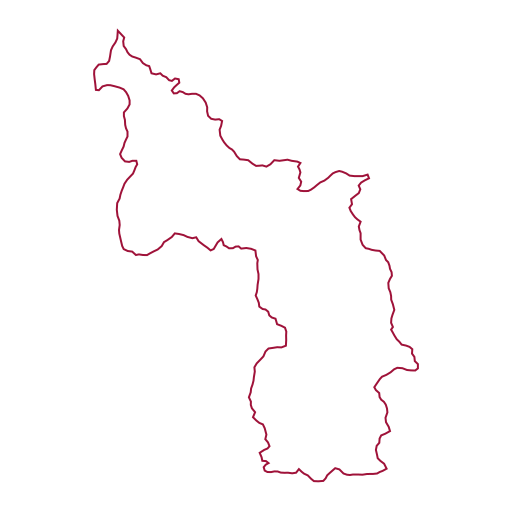 outline of Bom Jesus do Galho, Minas Gerais, Brazil
{"feature_id": "56859067B85920776118835", "entity_name": "Bom Jesus do Galho", "entity_type": "district", "adm_level": 2, "iso_a3": "BRA", "parent_name": "Brazil", "parent_adm1": "Minas Gerais", "projection": "mercator", "projection_center": [-42.364, -19.729], "detail": "fine", "context": "isolated", "style": "outline", "palette": "rose", "viewbox_px": 512, "rotation_deg": 0, "n_neighbors": 0, "source": "geoboundaries", "source_scale": "gbopen_adm2", "svg_char_len": 4843}
<svg xmlns="http://www.w3.org/2000/svg" viewBox="0 0 512 512"><path d="M222.1,121.0L219.2,119.2L215.2,119.6L211.2,118.8L208.1,115.8L207.1,111.4L207.2,107.3L205.7,102.6L202.9,98.3L199.6,95.4L196.0,93.8L192.0,93.8L188.5,94.3L185.5,93.8L182.8,92.1L179.6,91.2L176.9,93.2L173.8,93.4L171.8,90.5L174.2,87.3L176.9,84.8L179.3,82.7L178.7,79.2L175.0,78.5L171.9,80.9L169.1,80.2L166.3,77.2L162.7,75.7L160.3,73.3L156.1,74.4L151.5,73.3L150.2,69.0L149.2,66.1L146.3,65.3L142.9,63.1L140.0,59.2L135.7,57.6L132.2,56.5L129.5,54.7L127.5,52.2L126.0,49.1L123.7,46.0L123.2,41.3L124.2,37.5L121.2,34.3L117.8,30.7L117.5,35.1L117.2,38.6L115.4,42.5L112.7,46.4L111.0,50.2L110.5,53.4L110.0,56.7L109.1,61.0L106.6,63.9L103.0,64.1L98.7,64.6L96.4,67.3L94.3,70.1L94.1,74.1L94.6,78.7L95.3,84.1L95.9,89.9L98.9,90.2L102.5,86.4L107.1,85.1L110.3,85.2L114.5,86.2L119.6,87.6L123.6,89.3L126.1,92.2L128.2,95.9L129.6,100.4L129.6,104.4L127.4,108.5L123.9,112.4L123.9,116.1L124.9,119.8L125.2,124.9L126.0,128.3L127.5,131.6L127.5,136.5L125.8,140.0L124.5,142.9L123.6,146.6L121.8,150.3L120.1,154.1L121.6,157.8L125.0,161.4L129.2,161.9L132.4,160.8L136.3,160.8L137.2,164.3L135.6,167.1L134.4,170.3L133.0,173.6L130.6,176.1L127.2,179.7L124.5,183.7L123.1,187.4L121.7,190.8L120.4,194.7L119.6,198.6L117.2,203.1L116.8,209.7L117.5,215.9L119.3,220.7L119.7,225.0L119.0,230.0L119.3,233.6L120.1,237.1L121.2,241.9L122.2,246.0L123.7,249.1L127.7,251.0L132.2,251.6L135.9,255.0L138.9,254.4L143.0,255.0L147.0,255.1L149.9,253.4L153.7,251.4L157.7,249.5L161.7,246.1L164.0,242.1L167.2,240.2L171.8,237.0L174.8,233.4L179.0,234.0L183.6,235.1L187.4,236.9L192.4,238.2L196.2,237.3L198.6,241.2L201.2,243.2L203.8,245.2L207.4,247.7L210.6,250.4L213.7,249.0L217.6,242.4L221.4,239.0L223.0,242.2L223.7,245.2L226.5,246.5L229.1,248.3L232.9,248.2L235.6,246.6L238.6,246.4L241.2,248.6L246.3,248.0L251.1,248.8L255.4,250.5L256.1,256.3L257.8,260.0L257.3,263.2L257.5,269.4L258.5,274.1L258.5,279.0L257.6,284.8L257.3,288.9L256.8,292.2L255.7,295.5L257.5,299.5L258.8,302.8L259.3,306.6L262.6,309.0L265.5,309.5L268.2,311.7L269.3,315.4L271.8,317.5L275.5,318.7L277.1,324.2L281.3,325.8L285.0,327.7L286.3,331.6L286.1,335.3L286.2,340.1L285.9,345.7L281.4,347.4L277.2,347.2L272.8,347.9L268.5,348.5L265.5,351.5L263.4,356.4L260.2,359.8L256.7,363.4L254.4,367.3L254.8,371.6L253.9,377.1L253.5,380.7L252.5,384.6L251.1,388.5L250.7,392.3L248.9,397.3L250.9,401.6L250.8,404.9L251.9,408.3L255.1,412.2L253.0,417.2L256.3,420.5L259.3,422.9L262.9,424.4L264.7,428.2L265.5,431.2L266.4,434.6L265.3,439.2L268.0,442.4L269.5,446.2L267.5,448.5L264.2,449.9L259.7,452.8L261.6,457.3L262.3,460.8L266.0,461.1L268.5,463.1L265.7,464.7L263.7,467.2L264.7,470.6L267.4,472.0L271.0,472.1L274.4,471.4L277.7,471.5L280.8,472.6L284.5,472.8L287.9,472.7L292.2,473.3L296.1,472.7L298.9,469.1L301.7,471.8L304.1,473.7L307.8,475.4L311.1,478.8L313.9,481.1L318.3,481.3L323.3,480.9L325.6,478.4L327.2,475.3L329.7,473.0L332.2,470.8L335.2,468.2L339.4,469.4L343.5,473.5L346.9,474.7L349.9,475.0L353.1,474.5L357.4,474.5L362.5,474.7L367.0,474.0L373.4,473.9L377.1,473.5L379.7,472.0L382.6,470.9L386.6,468.7L384.1,463.7L380.4,460.9L377.7,458.2L377.0,454.6L375.9,449.9L376.7,445.8L379.3,442.8L379.6,438.5L381.2,435.4L385.3,433.7L390.0,431.1L388.7,426.8L386.0,422.2L385.5,417.8L387.4,412.4L387.0,408.5L385.8,404.7L383.9,401.8L381.2,399.7L379.6,397.1L379.2,393.0L375.9,390.1L374.3,387.2L377.2,382.9L379.9,379.0L382.0,376.7L386.3,374.9L390.6,372.3L394.1,369.3L397.3,367.8L402.4,368.2L407.0,370.0L411.1,370.4L415.2,370.5L417.9,368.4L417.9,364.1L414.8,361.1L414.4,356.9L412.0,353.6L412.3,349.2L409.6,346.9L406.1,345.6L401.6,344.6L399.4,341.8L396.7,339.2L394.4,335.5L392.6,332.2L391.1,329.6L392.9,327.0L391.1,322.8L391.4,318.4L392.5,314.8L394.3,309.9L392.9,304.3L391.2,299.7L391.1,296.0L390.3,292.1L388.7,288.3L388.3,282.9L390.0,278.9L391.9,275.8L391.6,272.2L390.0,268.8L389.5,265.8L388.2,262.2L386.0,260.0L384.2,255.5L379.7,250.9L375.4,250.5L371.6,249.8L368.7,248.8L365.7,248.2L362.6,244.8L360.6,239.6L360.6,233.2L359.5,230.2L358.8,226.5L360.6,221.7L357.3,219.3L355.0,217.2L352.9,214.4L350.7,211.0L349.4,207.7L352.0,204.2L351.1,199.1L355.5,195.6L358.8,193.1L360.3,189.3L358.7,185.6L361.1,182.6L364.9,180.3L369.0,178.3L367.6,174.6L362.7,176.1L358.2,176.1L354.2,176.1L349.6,175.6L346.2,173.4L342.1,171.7L339.2,171.0L335.5,172.1L332.8,173.4L330.4,175.6L328.2,177.8L324.4,180.6L320.3,182.4L316.9,185.1L314.2,187.4L310.9,189.7L308.2,191.0L303.9,191.1L300.4,190.8L297.5,189.0L300.3,185.5L301.2,181.7L298.8,177.9L300.4,172.4L299.5,169.4L298.0,166.6L300.4,163.0L297.3,161.6L291.6,160.8L287.5,159.7L284.0,160.2L279.5,160.8L274.3,160.2L270.4,164.3L266.4,166.6L262.4,165.4L259.4,165.7L256.1,165.9L252.5,163.7L248.2,160.2L243.8,159.6L239.9,159.3L236.8,156.1L234.1,151.7L232.0,149.5L229.4,148.0L226.6,145.4L224.1,142.3L222.4,139.6L220.3,135.7L219.6,129.7L221.1,125.9L222.1,121.0Z" fill="none" stroke="#9f1239" stroke-width="2"/></svg>